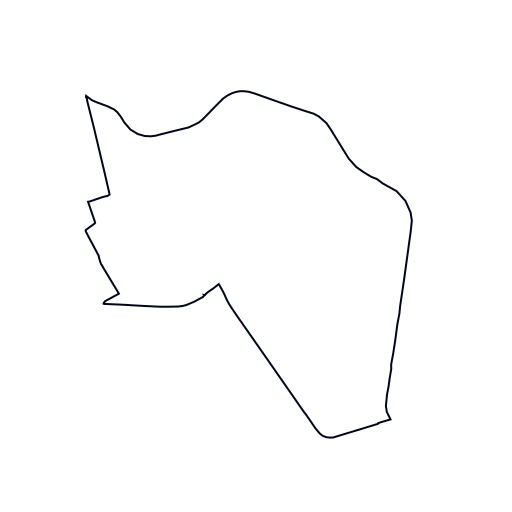 the district of Agege, Lagos, Nigeria, rotated 167°
{"feature_id": "59680162B37327775180775", "entity_name": "Agege", "entity_type": "district", "adm_level": 2, "iso_a3": "NGA", "parent_name": "Nigeria", "parent_adm1": "Lagos", "projection": "albers", "projection_center": [3.32, 6.625], "detail": "fine", "context": "isolated", "style": "outline", "palette": "ink", "viewbox_px": 512, "rotation_deg": 167, "n_neighbors": 0, "source": "geoboundaries", "source_scale": "gbopen_adm2", "svg_char_len": 1977}
<svg xmlns="http://www.w3.org/2000/svg" viewBox="0 0 512 512"><g transform="rotate(167 256 256)"><path d="M242.8,420.0L247.7,418.8L252.4,416.9L260.0,412.2L271.6,404.7L277.5,401.0L281.5,399.0L286.8,397.7L293.0,396.4L304.7,396.3L321.0,396.0L326.9,395.8L331.6,396.3L337.3,397.9L343.7,401.4L349.9,407.4L354.2,415.6L356.4,422.1L358.8,427.4L361.4,430.8L366.9,435.2L376.6,441.6L380.8,444.7L385.5,450.2L385.7,449.5L385.9,448.9L385.4,447.7L385.6,445.1L385.1,419.1L384.8,372.4L384.8,358.7L384.8,348.8L386.9,348.0L392.6,347.9L406.3,346.5L407.4,346.6L407.2,344.2L405.3,326.0L405.3,324.5L406.2,323.8L411.5,321.6L415.9,319.7L416.4,318.7L414.9,312.6L409.3,291.9L409.3,288.7L408.9,283.4L408.1,281.1L405.4,272.5L399.3,254.0L398.1,250.1L400.9,249.3L404.0,248.5L410.8,246.6L413.1,245.9L414.6,244.8L415.2,243.8L414.8,243.5L400.7,239.6L391.6,237.0L388.0,235.9L376.3,232.5L361.4,228.3L355.1,226.8L349.1,225.5L342.7,224.2L338.6,223.8L335.0,223.9L330.9,224.6L326.3,225.4L323.2,226.3L319.4,227.3L316.4,228.2L316.1,228.5L315.6,229.0L315.7,229.8L315.5,229.7L314.3,229.5L313.5,230.3L310.8,231.7L305.2,233.9L298.6,237.0L297.2,232.5L295.7,227.0L294.3,219.8L293.1,215.5L291.6,211.2L288.2,202.5L286.6,198.4L285.0,194.5L262.4,138.3L244.4,93.3L242.6,89.4L241.1,85.6L239.3,81.0L237.0,75.1L234.0,69.0L231.7,66.0L228.4,63.7L224.8,62.4L221.6,61.8L213.2,62.4L191.0,63.9L178.4,64.8L175.0,65.0L174.6,65.7L169.3,66.1L161.7,66.5L163.6,74.5L163.2,80.5L159.4,91.8L156.1,99.2L153.4,106.5L149.7,115.3L148.7,119.9L144.4,129.8L139.8,141.2L133.5,158.0L129.2,167.7L126.9,174.6L116.5,201.1L99.9,244.7L96.2,255.4L95.6,263.6L98.0,276.1L104.4,287.5L116.3,298.3L120.8,303.7L126.1,307.4L132.7,313.9L138.4,320.3L143.6,329.8L146.9,339.3L147.6,341.4L150.4,349.7L154.6,362.2L157.4,369.5L160.3,373.6L163.6,378.1L168.0,381.8L177.3,387.3L178.6,388.1L188.5,394.1L194.0,397.6L196.1,399.0L196.9,399.4L212.9,409.6L220.7,414.6L226.0,417.6L230.4,419.2L234.1,420.1L238.4,420.4L242.8,420.0Z" fill="none" stroke="#020617" stroke-width="2"/></g></svg>